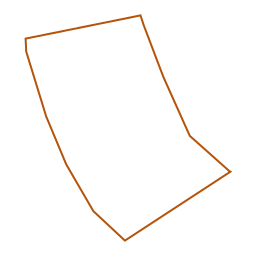 the district of 23, Ad Dawhah, Qatar
{"feature_id": "91078587B28752145715053", "entity_name": "23", "entity_type": "district", "adm_level": 2, "iso_a3": "QAT", "parent_name": "Qatar", "parent_adm1": "Ad Dawhah", "projection": "robinson", "projection_center": [51.511, 25.278], "detail": "fine", "context": "isolated", "style": "outline", "palette": "amber", "viewbox_px": 256, "rotation_deg": 0, "n_neighbors": 0, "source": "geoboundaries", "source_scale": "gbopen_adm2", "svg_char_len": 302}
<svg xmlns="http://www.w3.org/2000/svg" viewBox="0 0 256 256"><path d="M25.6,38.6L26.1,49.1L26.1,49.6L26.2,51.5L46.2,116.5L66.2,164.3L74.3,178.3L93.4,211.2L124.9,240.6L230.4,171.7L229.2,171.0L189.8,135.9L163.3,76.8L143.6,24.9L140.5,15.4L25.6,38.6Z" fill="none" stroke="#b45309" stroke-width="2"/></svg>